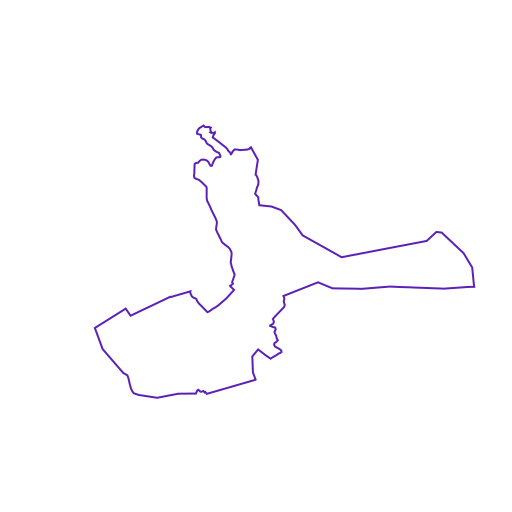 Al Mashannah, Ibb, Yemen, rotated 329°
{"feature_id": "15242507B63315911635783", "entity_name": "Al Mashannah", "entity_type": "district", "adm_level": 2, "iso_a3": "YEM", "parent_name": "Yemen", "parent_adm1": "Ibb", "projection": "mercator", "projection_center": [44.185, 13.954], "detail": "fine", "context": "isolated", "style": "outline", "palette": "violet", "viewbox_px": 512, "rotation_deg": 329, "n_neighbors": 0, "source": "geoboundaries", "source_scale": "gbopen_adm2", "svg_char_len": 5816}
<svg xmlns="http://www.w3.org/2000/svg" viewBox="0 0 512 512"><g transform="rotate(329 256 256)"><path d="M82.0,288.0L84.3,292.0L83.6,295.4L81.6,301.5L80.5,305.7L80.3,308.5L80.6,310.8L83.8,314.6L98.2,326.6L118.4,334.0L131.7,341.8L133.6,343.0L135.3,341.7L136.0,341.2L137.4,340.8L137.7,340.9L137.8,341.3L137.9,341.7L138.0,342.1L138.2,343.0L138.4,343.5L139.2,344.2L139.7,344.3L140.7,344.4L141.3,344.6L141.6,345.3L141.6,346.4L142.5,346.4L142.8,348.8L156.3,352.4L191.4,361.7L192.0,361.7L193.4,354.2L201.1,340.2L209.7,337.2L213.0,345.7L215.6,351.5L218.2,351.4L222.6,351.5L225.2,351.3L227.1,351.6L228.4,351.4L229.0,350.0L228.1,347.6L225.6,343.3L225.9,341.2L227.1,340.1L228.8,340.2L231.3,339.5L231.3,337.1L232.3,334.7L232.3,332.5L232.6,330.8L235.2,328.9L235.6,327.1L234.1,325.9L233.1,324.5L232.1,323.2L232.5,322.8L234.3,322.9L236.1,322.8L237.6,321.4L238.0,318.7L239.6,318.1L245.7,316.4L253.8,314.2L255.5,312.7L256.3,309.3L257.9,307.8L258.7,306.0L258.9,304.4L295.6,310.5L304.9,323.1L325.3,335.8L329.9,338.7L352.5,349.9L354.9,351.1L365.2,357.9L370.1,361.0L374.6,364.0L386.7,371.9L400.3,380.8L422.1,391.9L427.2,394.8L428.0,392.8L435.4,377.2L435.4,360.5L427.2,331.5L423.0,328.3L410.1,331.0L391.6,324.2L370.4,316.4L354.8,310.7L328.7,301.1L325.1,294.7L307.2,263.4L306.6,262.4L305.5,249.5L301.2,229.6L294.7,221.5L285.0,214.2L287.3,208.4L288.2,206.9L287.3,202.3L288.1,201.5L289.9,200.0L292.2,197.7L292.9,197.3L295.1,195.6L295.6,194.7L296.8,193.0L297.0,192.1L297.3,190.6L297.6,189.8L297.8,188.3L297.8,186.7L297.5,186.1L301.8,180.9L307.1,174.6L307.7,160.2L307.1,160.1L306.8,160.1L306.6,160.3L306.6,160.6L306.4,160.7L305.9,160.8L305.2,160.7L304.7,160.6L304.1,160.4L303.6,160.3L303.1,160.1L302.5,160.0L302.2,159.7L301.8,159.5L301.3,159.2L300.8,159.0L300.1,158.7L299.7,158.5L298.9,158.0L297.4,157.3L296.8,157.0L296.3,156.6L295.8,156.1L295.5,155.9L295.2,155.5L294.8,155.2L294.5,155.0L294.3,154.9L294.0,154.6L293.4,154.2L293.1,153.9L292.9,153.8L292.7,153.8L292.4,153.7L292.1,153.7L291.8,153.7L291.7,153.8L291.1,154.1L290.8,154.1L290.5,154.2L290.1,154.2L289.7,154.4L289.5,154.5L289.3,154.7L289.1,154.9L289.0,155.1L288.8,155.2L288.4,155.3L288.2,155.4L287.6,155.6L287.2,155.8L286.9,155.9L286.8,155.4L287.1,153.7L286.6,152.4L286.4,151.6L286.3,151.1L286.5,150.4L286.5,150.2L286.4,149.6L286.2,148.4L286.1,147.5L285.9,147.2L285.6,146.2L284.5,143.5L283.6,141.0L282.8,138.9L281.0,134.4L280.0,132.1L281.8,130.4L282.5,130.3L283.2,129.9L284.1,129.5L284.4,129.0L284.5,128.7L283.9,128.7L282.9,128.6L282.7,128.3L281.1,127.5L280.8,127.1L280.5,126.5L281.3,126.4L281.8,124.9L282.0,124.0L282.4,123.2L283.4,122.7L282.2,121.2L279.1,119.5L278.8,119.4L278.3,117.2L273.5,117.2L271.8,117.7L269.4,119.2L268.5,120.8L269.1,121.6L269.9,122.5L270.4,122.9L270.8,123.3L271.1,123.7L271.2,124.0L271.0,124.4L270.7,124.9L270.4,125.4L270.2,125.7L270.1,126.1L270.1,126.6L270.2,127.0L270.4,127.4L270.9,128.2L271.2,128.6L271.6,129.2L271.8,129.6L271.9,130.0L272.1,130.5L272.1,131.0L272.1,131.7L271.9,132.7L271.9,133.4L271.9,134.2L272.0,134.5L272.1,134.9L272.4,135.6L273.0,136.7L273.7,138.0L274.2,139.1L274.4,139.8L274.5,140.4L274.5,141.5L274.4,142.8L274.5,143.5L274.8,144.1L275.3,145.3L275.6,145.9L276.1,146.9L276.4,147.2L276.7,147.5L277.1,148.2L277.4,148.6L277.4,148.9L277.3,149.5L277.2,150.8L277.0,151.8L276.9,152.1L276.8,152.3L276.6,152.4L276.5,152.6L276.2,152.6L275.6,152.5L275.3,152.3L274.1,151.7L273.6,151.4L272.9,151.2L272.3,151.2L271.8,151.4L270.7,151.8L269.7,152.3L269.0,152.7L268.0,153.3L267.2,153.9L266.2,154.7L265.4,155.3L264.6,155.9L264.2,155.9L263.9,155.7L263.7,155.5L263.6,155.2L263.5,154.9L263.5,154.4L263.5,153.7L263.5,152.7L263.6,151.0L263.3,149.6L263.1,149.0L262.7,148.3L261.9,147.4L261.4,146.8L260.7,146.5L260.0,146.0L259.4,145.6L258.8,145.4L257.4,145.4L256.6,145.5L255.5,145.9L255.1,146.0L254.6,146.2L254.4,146.2L254.1,146.1L253.7,145.9L253.2,145.7L252.9,145.6L252.4,145.5L252.0,145.4L251.5,145.4L251.2,145.5L250.8,145.6L250.4,146.0L250.0,146.8L249.5,147.5L248.9,148.4L248.1,149.6L247.3,150.8L246.5,152.2L245.7,153.3L245.2,154.0L244.6,154.7L243.9,155.8L243.7,156.4L243.5,157.1L243.6,157.4L243.7,157.7L243.9,158.3L244.2,158.6L245.7,160.6L246.4,161.4L246.8,162.8L247.4,164.5L247.6,165.3L248.1,167.2L248.3,167.8L248.4,168.5L248.7,169.6L249.1,171.0L248.9,172.0L248.4,172.9L247.4,174.5L245.7,177.4L244.7,178.9L243.6,180.8L243.0,182.3L242.8,182.9L242.5,183.9L242.5,184.6L242.4,185.2L242.4,185.6L242.2,188.4L241.8,191.6L241.5,193.8L241.3,195.7L241.1,198.8L240.8,202.3L240.8,202.7L240.5,204.4L240.4,205.4L240.1,206.3L240.0,206.6L239.6,207.3L239.0,208.2L237.9,209.5L236.9,210.6L236.4,211.4L235.9,212.0L235.5,212.5L235.2,213.8L235.1,214.7L234.9,216.6L234.8,217.1L234.8,218.3L234.6,220.4L234.5,221.7L234.4,222.8L234.4,223.1L234.4,223.3L234.1,225.5L234.0,226.6L234.2,227.4L234.3,228.0L234.5,228.3L235.2,230.3L235.3,230.7L235.5,231.0L235.8,231.7L236.0,232.4L236.3,233.0L236.6,233.7L237.0,234.9L237.0,235.3L237.2,235.9L237.2,236.5L237.2,236.8L237.1,237.8L237.1,238.7L237.0,239.6L236.8,240.4L236.3,241.4L235.6,242.5L234.3,244.2L233.2,245.7L232.4,246.7L232.0,247.3L231.4,247.8L231.0,248.6L230.6,249.7L230.5,250.3L230.4,250.6L229.7,252.5L229.5,253.5L229.3,254.8L229.0,255.9L228.8,257.0L228.5,258.6L228.4,259.0L228.4,259.4L228.3,259.8L228.3,260.4L227.8,261.2L227.1,262.0L225.8,262.9L224.5,264.2L223.1,265.2L222.8,265.5L222.1,266.1L222.0,267.4L221.7,268.0L218.4,268.3L218.5,269.3L219.3,272.1L219.7,273.8L209.0,277.0L208.0,277.2L197.6,279.0L193.8,279.1L191.8,279.0L187.6,279.4L185.4,279.1L183.0,268.7L182.7,268.2L182.5,266.2L182.4,264.2L182.7,261.9L181.8,260.6L180.9,259.5L180.2,257.5L180.5,255.1L180.7,253.6L181.6,252.5L179.6,252.0L166.1,248.4L162.1,247.4L161.6,246.8L153.0,246.0L143.9,245.1L138.3,244.6L134.9,244.2L122.1,243.0L117.7,242.6L117.2,234.0L101.8,234.3L80.8,234.7L78.4,247.4L76.6,256.8L79.6,274.2L82.0,288.0Z" fill="none" stroke="#5b21b6" stroke-width="2"/></g></svg>